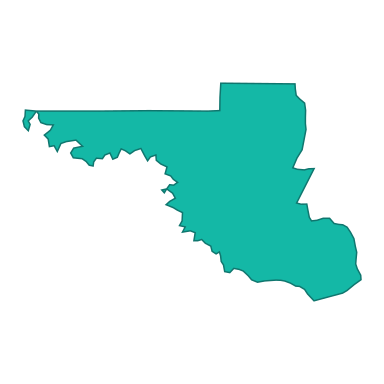 outline of Nova Santa Rosa, Paraná, Brazil
{"feature_id": "56859067B51788434732632", "entity_name": "Nova Santa Rosa", "entity_type": "district", "adm_level": 2, "iso_a3": "BRA", "parent_name": "Brazil", "parent_adm1": "Paraná", "projection": "orthographic", "projection_center": [-53.986, -24.449], "detail": "fine", "context": "isolated", "style": "filled", "palette": "teal", "viewbox_px": 384, "rotation_deg": 0, "n_neighbors": 0, "source": "geoboundaries", "source_scale": "gbopen_adm2", "svg_char_len": 1975}
<svg xmlns="http://www.w3.org/2000/svg" viewBox="0 0 384 384"><path d="M193.9,240.7L197.8,240.7L201.7,239.5L205.4,243.3L210.8,246.1L212.1,251.3L216.1,253.9L219.4,251.9L220.6,255.9L221.2,261.4L223.5,265.0L224.7,271.6L229.8,272.6L233.8,268.4L239.2,269.4L243.2,271.0L248.3,275.8L251.6,279.8L257.5,282.2L264.7,280.9L276.1,280.1L280.8,280.3L284.7,281.0L290.4,283.1L295.7,286.1L299.6,286.4L304.6,289.4L307.6,294.0L314.0,300.8L327.3,297.2L342.6,293.1L346.9,290.6L354.3,284.5L361.0,279.7L360.7,275.2L357.3,268.9L355.7,264.0L356.1,258.7L356.7,252.3L355.3,246.3L353.9,238.6L350.4,232.1L347.1,227.2L342.8,224.8L338.6,224.4L334.1,223.5L329.6,218.3L323.1,218.3L317.0,220.3L311.5,220.9L309.3,217.3L307.8,209.7L306.8,204.1L300.9,204.2L296.6,203.0L314.1,168.6L308.6,168.8L304.4,169.9L297.3,169.3L292.8,167.8L297.0,158.0L302.1,149.8L306.0,129.5L305.4,123.6L305.4,117.4L305.6,110.3L304.6,103.1L299.7,99.0L296.2,95.4L295.3,88.9L295.0,83.9L220.8,83.2L220.0,97.3L219.8,110.6L207.8,111.1L181.8,110.9L148.6,110.7L98.2,111.1L75.4,111.1L36.4,111.1L38.8,114.2L38.6,118.1L40.9,122.6L46.7,124.6L53.3,124.9L50.4,130.2L44.3,135.1L48.2,139.1L49.4,146.6L54.1,145.7L57.3,151.5L60.9,143.5L66.3,141.6L76.0,140.1L82.6,146.3L73.7,148.1L70.7,153.0L73.3,157.8L82.1,158.7L86.2,161.5L89.2,165.2L93.1,166.0L93.7,161.9L96.4,158.2L102.4,158.7L104.9,155.0L109.9,153.0L112.8,159.2L117.3,157.3L119.3,152.6L121.2,148.9L125.3,150.7L129.9,153.9L134.8,150.5L140.9,148.5L144.7,155.8L147.6,160.8L150.4,156.9L155.9,155.0L156.3,160.3L160.8,164.0L167.0,166.9L165.1,173.8L170.7,175.9L173.4,179.4L177.6,182.4L173.6,185.2L169.7,184.7L166.7,188.9L172.6,193.2L175.3,198.2L169.7,201.4L166.1,204.7L173.4,207.7L177.3,210.1L182.5,212.6L182.1,220.9L179.5,225.6L185.2,226.9L182.5,232.1L190.3,230.8L195.2,232.7L193.9,240.7ZM36.4,111.1L25.4,110.1L25.0,116.5L23.0,120.9L24.4,126.7L28.3,130.7L30.1,124.4L28.2,120.9L32.2,117.2L36.4,111.1ZM166.7,188.9L161.8,190.0L164.3,192.8L166.7,188.9Z" fill="#14b8a6" stroke="#0f766e" stroke-width="1.5"/></svg>